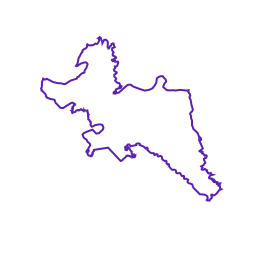 Nanumba South, Northern, Ghana, rotated 251°
{"feature_id": "2480657B24752518727633", "entity_name": "Nanumba South", "entity_type": "district", "adm_level": 2, "iso_a3": "GHA", "parent_name": "Ghana", "parent_adm1": "Northern", "projection": "natural_earth1", "projection_center": [0.077, 8.766], "detail": "fine", "context": "isolated", "style": "outline", "palette": "violet", "viewbox_px": 256, "rotation_deg": 251, "n_neighbors": 0, "source": "geoboundaries", "source_scale": "gbopen_adm2", "svg_char_len": 5883}
<svg xmlns="http://www.w3.org/2000/svg" viewBox="0 0 256 256"><g transform="rotate(251 128 128)"><path d="M34.3,179.0L33.6,179.4L32.8,181.5L33.7,182.4L34.7,184.5L36.0,184.9L37.1,184.7L37.8,185.2L37.5,186.0L36.6,186.3L36.3,187.7L37.1,190.3L39.5,193.9L39.8,196.2L40.5,195.3L43.1,196.0L44.1,194.7L44.4,194.8L44.5,195.6L45.2,195.5L45.1,196.6L45.6,197.1L46.1,195.1L45.9,194.2L46.1,193.8L47.3,193.9L47.3,194.9L47.6,195.0L48.0,194.4L48.4,192.5L49.1,191.5L50.2,191.2L50.1,191.9L49.1,192.3L49.3,193.0L51.3,192.4L51.9,191.6L51.9,190.7L52.9,190.7L52.8,190.1L53.1,189.6L53.8,189.2L53.8,188.6L54.2,188.4L55.0,188.6L56.4,190.4L56.2,192.9L57.2,191.5L58.6,191.6L58.6,189.7L59.1,189.1L59.8,189.2L61.3,188.3L62.2,188.9L62.4,188.3L63.8,187.9L64.3,187.1L63.9,186.1L64.1,185.5L64.4,184.5L65.1,184.2L66.3,185.6L67.9,184.7L68.3,187.3L69.3,188.5L69.9,189.8L73.2,189.4L74.2,189.7L74.5,190.7L74.2,191.4L74.6,192.5L76.0,193.4L77.0,192.8L76.9,191.4L78.9,191.0L79.9,189.7L80.5,189.7L81.0,190.7L81.4,190.6L81.9,188.9L82.8,188.0L83.1,188.2L83.0,189.0L83.4,189.5L83.8,191.1L84.4,192.1L93.2,191.3L93.8,191.5L93.0,192.0L92.8,192.7L93.1,193.3L93.8,193.6L95.0,193.4L96.1,192.8L96.0,192.4L100.6,192.2L106.1,189.4L108.0,189.6L109.6,189.4L114.4,191.0L116.3,190.8L118.8,191.5L121.4,191.3L122.5,193.0L122.8,194.0L124.3,195.3L129.6,195.6L134.2,196.4L135.7,195.9L136.9,196.4L137.2,196.2L138.4,197.4L138.9,197.5L140.0,197.6L140.9,197.0L142.5,197.1L142.7,196.8L144.0,197.6L144.3,195.6L147.1,189.7L148.0,184.9L148.7,183.9L150.3,178.8L151.2,177.0L155.2,174.7L155.9,174.9L158.0,176.8L159.4,179.0L160.2,179.4L161.8,179.3L164.5,178.0L165.4,177.9L165.9,177.3L166.3,175.8L166.3,173.5L165.6,171.5L161.7,169.5L159.9,167.6L157.6,164.2L157.2,160.6L157.9,156.1L160.9,152.0L165.2,146.8L166.4,145.7L167.9,145.0L168.5,143.5L168.8,141.9L168.6,140.9L164.5,131.0L164.8,127.9L164.6,127.2L165.3,125.7L166.2,125.9L166.8,126.8L166.7,127.2L165.7,127.6L165.9,128.5L167.9,128.7L168.4,129.3L168.6,131.0L168.3,133.9L168.5,134.5L169.6,135.5L170.1,135.1L169.9,133.6L170.8,134.5L173.0,134.4L173.6,133.9L174.2,132.6L176.7,131.3L177.1,131.3L178.3,132.8L179.3,132.7L181.0,131.8L182.9,132.4L183.4,134.8L184.1,135.4L184.6,135.4L185.3,134.4L186.6,133.6L187.7,133.6L188.3,134.2L188.7,135.3L190.5,135.6L190.0,137.3L190.5,138.2L193.4,140.2L194.1,140.0L194.8,137.5L196.1,137.7L196.2,135.3L197.5,134.9L197.7,135.1L197.5,137.1L198.1,138.3L198.2,139.6L198.6,139.7L200.0,138.9L201.5,137.2L203.2,137.7L204.0,139.0L205.9,138.4L207.7,138.4L208.7,139.2L208.6,140.3L208.8,141.8L209.6,141.6L212.5,141.8L212.9,141.3L212.8,139.8L211.6,139.1L211.1,137.6L209.5,136.0L209.6,135.3L210.5,135.5L211.2,135.1L215.5,136.8L216.7,136.9L218.6,135.9L219.1,134.2L216.5,131.4L218.2,131.8L219.6,131.5L222.1,131.6L223.2,130.8L222.7,129.4L222.0,130.7L222.0,129.4L220.2,129.3L218.4,127.6L217.6,126.4L217.6,125.9L218.4,124.7L217.9,122.8L217.8,120.7L218.3,120.2L218.5,118.7L219.0,117.8L220.3,116.8L219.5,116.0L218.3,115.8L217.5,115.0L216.9,113.5L217.0,112.5L216.1,110.1L214.8,109.8L214.2,108.5L209.8,103.8L205.4,101.3L203.6,99.0L203.3,99.3L203.2,100.5L204.2,104.1L204.3,107.1L203.9,109.3L203.0,110.2L201.5,110.6L198.4,108.2L196.3,105.5L194.8,105.0L194.5,104.2L194.7,103.2L194.5,101.8L193.8,100.0L192.6,98.3L192.7,96.7L191.4,95.7L191.5,89.3L190.0,82.9L190.4,81.6L192.0,79.4L193.1,76.5L195.8,72.2L200.9,67.3L200.7,66.4L200.9,65.1L202.3,64.0L199.4,61.6L195.1,60.0L193.5,58.6L192.4,59.0L191.6,58.4L190.9,59.1L187.1,60.9L185.3,61.1L184.8,60.8L183.9,61.2L183.3,61.0L180.6,64.3L178.6,67.7L175.5,67.7L169.0,70.7L168.0,73.2L170.1,82.0L170.1,83.6L169.2,84.5L168.1,85.5L167.5,85.0L167.2,85.2L167.1,84.0L166.4,83.8L166.0,82.5L165.4,82.3L165.0,81.8L164.6,82.4L162.9,81.4L163.1,81.1L162.7,80.8L162.8,80.3L162.2,80.6L160.8,80.2L160.8,80.8L160.4,80.8L160.7,81.5L160.3,82.6L160.5,83.5L161.1,84.1L161.4,85.5L161.1,86.1L161.3,86.3L161.0,87.3L160.6,87.5L161.1,89.2L160.6,89.6L160.8,90.0L159.2,91.1L159.3,91.7L158.9,91.8L159.2,92.0L158.9,92.0L158.9,92.7L158.5,92.8L158.4,93.7L157.6,94.8L157.7,95.3L156.8,95.2L156.4,94.8L155.0,95.1L154.4,94.6L153.5,94.6L153.4,94.8L153.2,94.5L152.3,94.5L152.2,94.0L150.3,93.8L149.1,93.2L147.7,94.3L146.5,94.1L146.2,94.6L144.7,94.5L143.3,93.6L141.1,94.0L140.9,94.9L141.4,97.7L140.9,101.3L140.5,102.8L139.2,104.8L136.3,104.9L134.7,103.7L132.5,98.8L133.1,96.1L138.0,93.9L137.9,88.3L137.5,84.5L136.7,82.9L133.4,83.0L131.6,84.0L130.6,85.0L128.1,85.3L125.7,86.7L124.2,86.8L120.7,83.0L119.5,83.6L118.4,82.8L118.3,82.1L118.6,81.5L119.5,81.3L119.1,80.9L117.8,81.4L115.9,81.3L114.7,81.9L114.2,83.0L113.3,83.7L113.6,84.3L113.6,85.0L114.3,85.1L114.2,85.4L115.2,86.4L115.8,86.1L116.6,86.7L117.1,88.1L117.8,88.1L118.4,88.6L115.9,102.8L99.2,110.3L99.4,112.4L100.0,113.0L101.2,116.3L101.9,116.9L101.8,118.0L102.2,118.3L100.9,120.5L99.9,121.2L100.0,121.6L99.2,122.8L98.9,122.7L99.0,123.2L98.3,124.3L98.7,124.7L98.6,125.4L99.2,125.7L98.9,124.9L99.3,124.4L100.3,124.5L100.7,124.1L100.8,124.4L101.1,123.8L101.3,124.1L101.4,123.7L102.2,123.3L103.6,123.3L104.1,123.8L104.9,123.7L105.5,123.1L108.3,122.7L109.7,122.0L109.3,120.7L108.2,120.8L107.4,119.7L108.2,118.5L109.8,119.0L110.8,118.9L111.2,119.7L111.3,121.0L112.4,122.3L112.0,123.9L109.9,124.5L109.2,130.3L110.1,130.5L110.4,131.4L110.0,133.0L109.3,133.9L108.5,134.1L108.0,133.6L105.3,136.8L103.0,138.0L103.4,138.8L103.1,139.7L101.8,139.9L101.1,139.1L97.7,140.9L96.6,142.0L95.8,144.1L95.0,144.3L94.4,144.0L93.7,144.6L94.1,146.4L93.5,147.3L91.6,146.9L91.2,147.4L91.0,149.7L89.9,150.6L87.3,150.2L85.0,151.7L84.6,153.3L84.0,153.6L82.1,152.9L80.7,153.5L80.8,154.3L80.3,154.9L78.1,154.4L74.9,155.6L74.0,156.3L73.6,158.2L72.7,159.2L71.7,159.4L70.1,159.0L69.1,159.8L68.6,162.1L68.2,162.7L65.4,163.1L64.9,163.6L64.8,164.8L64.1,165.3L62.4,164.6L61.6,164.7L61.0,166.6L59.5,168.0L57.7,166.7L57.1,166.8L56.0,167.5L54.6,169.6L53.8,170.3L50.2,170.4L41.9,174.4L40.1,178.7L38.2,180.5L37.5,180.8L35.3,180.4L34.3,179.0Z" fill="none" stroke="#5b21b6" stroke-width="2"/></g></svg>